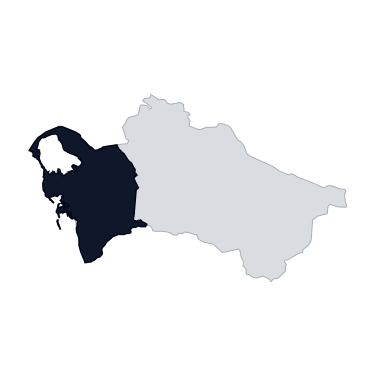 location of Balkan within Turkmenistan, rotated 348°
{"feature_id": "TKM-351", "entity_name": "Balkan", "entity_type": "Province", "adm_level": 1, "iso_a3": "TKM", "parent_name": "Turkmenistan", "parent_adm1": "", "projection": "mercator", "projection_center": [54.104, 39.835], "detail": "fine", "context": "in_parent", "style": "filled", "palette": "ink", "viewbox_px": 384, "rotation_deg": 348, "n_neighbors": 0, "source": "natural_earth", "source_scale": "10m", "svg_char_len": 9256}
<svg xmlns="http://www.w3.org/2000/svg" viewBox="0 0 384 384"><g transform="rotate(348 192 192)"><path d="M116.5,129.6L133.4,130.6L138.6,131.3L140.7,128.8L140.6,128.2L139.8,127.7L138.6,126.0L137.5,114.4L138.9,112.8L140.6,111.6L143.1,107.9L144.4,106.8L146.3,105.9L152.8,105.6L155.5,104.9L157.8,100.7L158.3,98.3L160.1,96.4L161.1,96.4L165.5,98.0L166.4,98.9L167.9,102.0L169.5,101.8L169.8,101.3L169.6,100.6L168.3,98.7L165.6,95.2L162.9,93.0L162.7,92.3L165.0,90.6L169.6,91.3L170.7,90.8L172.0,88.0L178.1,94.2L179.2,94.8L184.1,95.7L184.9,96.5L186.5,100.1L188.2,101.1L190.3,101.8L198.9,101.9L201.6,104.3L202.0,104.9L201.5,106.6L201.4,109.8L200.7,111.1L201.1,111.6L204.2,113.0L206.0,115.1L206.2,116.0L205.6,116.5L204.2,116.2L203.5,117.2L203.5,118.9L204.5,120.4L204.8,121.9L203.4,125.2L203.3,126.6L203.8,127.4L211.6,132.4L212.8,132.6L220.3,131.7L221.7,132.2L228.3,133.4L230.1,133.2L231.4,131.6L232.5,130.9L233.7,130.9L236.8,131.9L240.1,134.1L242.3,136.0L243.4,137.8L246.4,147.6L248.4,151.5L250.7,153.6L252.3,157.4L253.7,165.6L254.6,167.3L258.2,170.5L276.3,183.8L281.8,189.7L290.3,195.4L293.4,194.7L300.0,200.7L304.2,203.0L309.7,206.6L321.0,214.8L323.5,215.1L326.2,214.0L328.7,214.6L332.9,216.7L337.5,219.9L341.5,220.9L342.6,222.3L342.6,223.1L340.4,227.0L340.1,232.0L340.3,238.7L339.3,238.8L331.6,236.9L324.3,232.8L322.5,234.1L321.6,235.5L319.8,241.3L309.9,241.7L304.1,244.5L298.8,263.1L297.7,265.4L294.4,268.5L288.8,271.4L287.9,272.6L287.7,273.7L287.0,274.1L283.9,274.1L272.0,278.1L269.4,278.1L268.3,278.4L267.9,279.1L269.2,282.8L268.1,283.9L267.4,285.7L266.8,288.9L259.0,293.8L257.3,294.4L254.2,293.9L252.6,294.5L250.9,296.0L250.1,295.6L249.7,294.0L248.9,292.9L244.0,288.9L238.4,289.6L236.3,289.2L234.7,288.6L232.1,286.3L230.4,284.1L228.7,284.4L228.2,283.3L228.1,282.1L228.6,280.6L228.5,277.9L227.5,275.9L226.4,275.0L227.6,271.8L227.6,269.4L226.8,266.8L226.5,263.0L226.7,259.3L225.7,257.5L209.1,257.6L203.2,249.0L200.8,246.9L192.6,243.2L190.3,241.3L188.5,239.1L188.0,236.1L187.1,234.4L185.8,234.1L179.3,230.6L176.8,229.7L173.3,230.6L171.1,229.6L168.7,230.9L167.7,231.0L165.0,230.2L161.8,227.1L159.0,225.8L153.3,223.8L149.3,223.2L145.7,221.9L145.3,221.5L145.3,218.8L144.8,217.7L143.7,216.4L142.3,215.4L136.2,215.5L133.4,214.5L131.2,214.3L126.3,214.5L124.8,215.2L123.9,216.1L123.3,218.7L122.8,219.1L118.1,219.1L108.0,218.5L103.9,219.9L97.4,223.9L93.6,227.2L92.6,228.7L90.4,234.6L89.4,235.5L88.1,236.1L86.8,236.3L80.9,238.6L78.6,239.1L72.7,238.8L71.3,230.1L70.8,223.2L71.4,213.5L71.1,207.3L72.1,197.8L71.8,195.5L68.7,191.3L68.3,188.4L66.4,188.2L63.4,185.7L60.5,184.8L59.0,184.7L57.6,185.4L56.6,186.9L55.9,184.6L56.0,182.3L58.3,177.4L59.8,178.8L61.6,179.4L66.1,179.1L65.7,177.4L63.3,175.8L62.9,173.6L63.0,171.3L63.7,169.1L63.0,168.2L61.9,167.7L59.4,167.8L53.1,166.9L52.3,169.5L54.1,172.8L51.2,169.0L49.2,165.1L47.9,160.5L47.7,155.5L50.1,147.5L52.1,137.6L54.6,141.8L56.4,143.6L60.4,144.8L62.3,144.5L64.4,143.4L66.4,143.8L69.5,148.1L71.8,148.5L76.4,146.9L78.6,146.5L80.6,147.3L82.6,147.3L81.7,145.3L81.3,143.3L82.5,142.3L86.2,143.4L89.1,142.2L89.6,141.7L89.9,140.0L89.5,136.7L88.8,135.2L87.1,133.2L80.6,128.4L78.4,126.5L76.6,124.0L73.6,114.1L71.3,107.7L70.4,107.0L66.6,106.4L59.4,108.0L56.8,107.7L55.6,108.3L52.7,111.0L51.3,113.3L49.4,118.6L50.8,120.2L49.7,129.0L50.4,132.8L50.1,133.0L48.0,128.4L45.0,123.7L42.6,116.6L46.9,111.9L50.6,108.6L54.5,106.1L58.6,104.4L67.9,101.8L73.0,100.9L77.1,100.7L80.3,102.3L88.9,108.1L92.7,111.3L93.7,112.6L94.8,115.8L101.1,125.8L102.6,127.2L105.0,130.3L107.3,131.3L116.5,129.6ZM55.6,199.5L55.4,200.8L54.3,196.9L53.7,192.7L54.4,191.5L55.3,191.5L54.5,193.1L55.6,199.5Z" fill="#d9dde1" stroke="#a8b0b8" stroke-width="1"/><path d="M75.5,100.4L77.1,100.7L78.7,101.2L90.2,109.0L93.8,112.3L94.5,113.5L94.4,115.1L94.7,116.2L97.9,120.5L100.6,125.3L102.0,126.8L103.3,127.7L104.9,130.5L105.9,131.2L106.6,131.4L109.3,131.2L110.5,130.7L112.5,130.5L114.4,129.5L115.1,129.5L128.3,130.3L128.5,131.9L129.8,135.8L130.2,136.2L131.0,136.5L130.8,137.5L130.9,137.8L131.9,138.5L133.5,140.6L136.3,148.1L138.8,151.2L140.0,155.6L141.0,158.1L139.9,161.7L141.1,162.5L141.7,164.0L139.2,165.4L137.9,166.4L137.9,167.1L138.3,168.0L138.6,169.6L140.4,176.8L139.9,177.3L138.0,178.1L137.7,178.6L131.3,199.7L131.1,201.0L130.3,202.5L130.3,203.6L129.6,204.1L129.4,204.5L129.1,207.6L129.6,208.2L130.4,208.3L131.9,209.0L133.7,208.6L134.7,208.9L136.0,208.7L137.0,210.6L139.3,212.4L141.1,214.1L140.4,215.2L139.0,216.2L134.2,215.1L132.5,213.9L131.5,214.1L129.4,214.9L128.2,214.3L126.3,214.3L124.8,215.1L123.4,216.4L123.3,216.8L123.9,217.4L124.0,217.9L123.7,218.8L123.4,219.1L121.5,219.4L119.6,218.9L116.2,219.4L115.0,218.9L113.9,218.9L112.8,218.3L111.4,218.0L106.6,218.9L105.3,219.0L102.3,221.0L100.6,221.6L100.4,222.0L98.5,222.5L98.0,223.4L97.2,223.7L96.9,224.3L95.9,225.5L92.7,227.7L91.8,228.8L91.3,230.6L91.3,231.1L91.7,231.9L91.6,232.9L91.3,234.0L88.4,236.3L87.6,236.4L85.9,236.2L82.3,238.3L81.5,238.6L80.1,238.5L78.9,239.3L72.7,238.9L72.4,235.5L71.7,232.9L71.6,231.7L70.8,228.1L70.4,220.4L71.5,215.7L71.5,214.9L71.7,214.1L71.7,212.9L71.6,210.9L71.3,209.8L70.9,207.0L71.3,203.7L71.6,202.8L72.6,201.3L73.0,200.3L72.8,199.5L73.1,199.2L74.2,196.4L74.0,196.5L73.9,195.9L73.7,195.6L72.9,195.4L72.8,195.0L72.3,194.8L71.8,193.3L71.6,193.1L70.0,192.9L69.6,193.3L69.2,192.6L68.6,191.1L68.4,191.3L68.9,192.6L68.2,192.0L68.1,191.5L68.3,190.7L68.1,189.9L68.9,189.4L68.2,189.3L68.2,188.7L68.7,187.5L67.3,188.6L67.6,188.8L67.8,191.8L66.8,190.3L66.5,188.9L66.1,188.8L66.2,187.7L65.4,188.8L65.4,187.4L65.8,185.8L65.2,186.4L65.7,185.1L65.1,185.2L65.3,184.7L65.2,184.4L64.6,185.1L64.5,184.9L63.3,185.1L62.9,185.4L62.7,185.4L62.7,184.9L62.2,185.4L61.6,185.6L61.9,184.9L61.3,184.9L61.0,185.1L60.7,184.7L59.5,185.1L59.6,184.5L58.4,184.1L56.5,184.7L57.5,185.2L57.1,185.9L56.9,186.7L57.2,188.3L57.2,188.9L57.0,189.3L56.7,189.2L56.2,185.3L55.2,183.6L55.1,183.1L55.3,182.6L56.1,181.8L56.4,180.8L57.1,180.0L58.4,176.6L59.2,175.9L60.0,176.0L59.2,176.6L58.6,177.4L58.3,178.5L57.8,179.0L57.9,179.7L58.7,179.8L61.0,179.4L62.4,179.4L62.8,179.6L63.5,180.7L63.8,180.9L65.4,181.3L65.6,181.3L65.7,181.0L65.6,180.5L65.2,180.4L65.5,179.6L66.4,180.5L66.8,180.5L67.4,179.9L67.8,179.8L68.7,180.2L68.9,179.9L68.9,179.6L68.4,179.2L67.1,178.8L66.7,178.5L67.2,178.1L67.0,177.4L66.5,177.1L65.4,177.2L65.3,176.2L64.6,175.4L64.8,176.8L63.3,175.0L62.7,174.9L63.0,175.6L62.4,175.3L62.5,175.8L62.9,176.3L62.9,176.8L62.2,176.3L62.1,175.3L62.4,173.2L61.7,173.3L61.4,173.0L62.1,172.6L63.9,170.3L63.6,169.8L64.7,169.5L64.5,169.0L65.4,168.0L65.5,167.5L65.2,167.7L64.9,167.3L63.8,167.3L62.6,166.5L61.9,166.4L61.1,166.7L60.3,167.7L59.3,168.3L58.4,167.8L57.0,166.7L56.0,167.3L54.5,167.5L55.0,166.7L52.8,167.3L52.1,167.1L51.5,166.0L51.1,166.4L51.1,166.6L51.6,167.6L51.8,169.5L52.8,170.7L53.6,172.2L54.5,173.0L53.4,172.6L54.3,173.6L54.2,173.7L53.5,173.1L52.6,171.2L52.3,170.8L51.6,170.5L51.3,170.1L51.0,168.4L50.9,168.1L48.8,166.5L47.8,165.1L47.9,163.9L48.4,162.3L47.6,161.0L47.9,160.8L47.3,160.1L46.9,159.0L47.7,153.1L48.5,151.3L50.4,148.3L50.5,147.3L49.7,146.8L49.9,146.0L49.8,145.8L50.5,145.5L50.4,144.6L50.9,142.5L51.7,140.3L51.9,139.4L51.5,136.3L52.5,137.0L52.6,137.3L52.4,138.2L52.6,138.8L53.6,140.0L54.2,141.9L54.9,142.5L55.9,142.3L55.6,142.7L54.7,143.1L54.8,143.5L55.5,144.2L55.6,145.0L55.8,145.1L57.2,145.2L59.0,143.8L58.5,145.0L58.8,145.2L60.3,145.0L60.5,144.8L60.6,143.9L61.2,143.3L61.4,143.4L61.3,144.4L61.8,145.3L63.1,146.1L63.6,146.1L65.1,145.0L65.3,142.8L65.8,141.7L66.6,141.9L67.3,142.5L67.1,143.0L67.2,143.6L67.6,144.0L67.1,144.8L67.7,146.4L68.0,146.9L68.6,147.1L68.7,147.4L68.3,148.5L68.6,149.2L70.4,149.0L71.6,149.2L72.3,148.4L73.4,147.8L74.8,148.3L76.4,147.6L76.6,147.2L75.7,146.7L77.5,146.6L78.2,146.3L79.5,146.3L79.2,147.4L79.9,147.8L83.1,147.8L82.2,147.4L82.5,147.1L83.3,146.9L83.7,146.5L81.3,146.5L81.0,145.1L80.2,143.2L80.3,142.3L79.8,142.2L79.8,141.8L80.3,141.7L81.2,140.8L81.6,140.7L82.2,141.0L83.5,142.1L84.4,142.4L84.5,142.8L83.8,143.8L84.6,144.0L88.1,143.2L88.5,142.6L89.6,141.9L90.4,140.6L90.7,139.7L90.4,138.8L88.9,136.7L89.9,137.0L90.8,137.6L89.8,136.4L89.8,136.1L90.1,135.9L89.7,135.4L88.1,134.9L88.0,134.1L87.3,133.3L83.0,130.0L80.8,128.9L80.0,128.1L78.6,127.2L77.6,125.7L76.8,125.5L76.1,124.9L75.4,123.6L75.2,122.6L75.1,119.0L74.7,117.0L73.1,113.6L72.5,113.4L72.4,113.0L72.6,112.2L72.5,111.1L72.8,110.1L72.6,108.5L71.7,107.4L70.7,106.8L69.6,106.4L68.7,106.7L67.8,106.2L61.3,107.3L59.6,108.1L58.0,108.0L56.8,107.4L55.9,107.8L52.5,110.8L49.5,117.0L48.7,118.2L48.4,119.6L48.5,120.0L48.7,119.9L49.7,118.8L50.8,118.9L51.3,119.2L51.5,119.6L51.1,120.9L51.3,122.1L51.2,122.7L49.8,126.3L49.4,128.0L49.9,130.1L50.0,131.9L51.4,135.2L51.3,135.8L50.8,136.6L50.8,137.3L50.1,136.5L50.2,134.1L49.8,133.0L49.4,132.4L49.4,131.3L48.8,129.3L48.6,129.1L48.2,128.0L47.4,127.6L47.3,126.6L46.8,126.1L45.8,125.7L45.1,124.8L44.0,124.0L44.0,123.3L44.6,122.2L44.7,120.4L44.0,119.2L43.3,119.1L43.0,118.7L42.4,118.1L41.6,117.9L41.4,117.5L48.3,110.5L52.9,106.7L56.2,105.5L57.4,104.8L62.1,102.9L75.5,100.4ZM54.0,192.4L54.5,191.5L55.0,191.4L55.2,191.6L55.2,191.8L54.6,192.3L54.5,193.4L55.5,200.8L55.3,200.8L54.7,197.8L54.2,196.7L53.9,193.0L54.0,192.4ZM63.3,178.1L63.8,177.7L64.0,178.0L64.2,177.9L64.3,178.6L64.8,179.3L64.7,179.6L64.1,180.2L63.8,180.2L63.1,178.4L63.3,178.1Z" fill="#0f172a" stroke="#020617" stroke-width="1.5"/></g></svg>